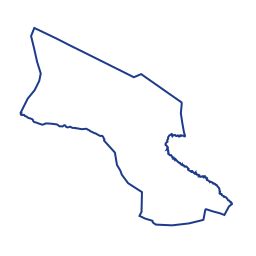 outline of Choibalsan, Dornod, Mongolia, rotated 273°
{"feature_id": "93677404B46281126061299", "entity_name": "Choibalsan", "entity_type": "district", "adm_level": 2, "iso_a3": "MNG", "parent_name": "Mongolia", "parent_adm1": "Dornod", "projection": "albers", "projection_center": [115.229, 48.891], "detail": "fine", "context": "isolated", "style": "outline", "palette": "blue", "viewbox_px": 256, "rotation_deg": 273, "n_neighbors": 0, "source": "geoboundaries", "source_scale": "gbopen_adm2", "svg_char_len": 5375}
<svg xmlns="http://www.w3.org/2000/svg" viewBox="0 0 256 256"><g transform="rotate(273 128 128)"><path d="M156.4,180.1L165.8,165.0L182.5,138.3L179.0,131.2L188.3,109.8L201.1,80.4L207.6,65.3L213.8,51.4L223.0,29.2L214.7,26.4L202.8,30.0L189.2,33.8L177.9,38.0L170.4,36.9L160.9,32.8L152.1,26.3L142.9,22.3L138.1,20.2L138.1,20.5L137.7,20.8L137.4,20.8L137.2,20.8L136.5,20.2L136.4,20.2L135.9,20.3L135.6,20.6L135.5,20.8L135.5,21.6L135.4,22.5L135.7,23.3L135.6,23.6L134.5,24.6L134.4,24.9L134.3,25.7L134.2,26.0L133.9,26.5L133.5,26.8L132.8,28.0L132.4,30.1L131.9,31.5L131.7,32.0L131.3,32.4L131.1,32.6L130.2,32.9L129.6,33.3L129.3,33.6L129.0,34.2L128.9,34.5L128.6,36.3L128.0,37.8L127.4,40.2L126.8,42.0L127.5,44.4L127.7,44.8L128.0,45.0L128.2,45.7L128.3,46.1L128.3,49.1L128.2,52.8L128.0,54.8L127.9,56.4L127.7,57.1L127.4,57.7L126.5,58.9L126.2,59.3L126.1,59.8L126.1,60.2L126.2,61.6L126.1,62.5L126.3,62.9L127.2,63.9L127.4,64.1L127.5,64.5L127.4,64.8L127.1,65.3L126.9,65.5L126.1,66.0L125.8,66.3L125.5,67.2L125.6,68.6L125.9,69.2L126.2,69.9L126.2,70.3L125.9,71.1L125.5,71.7L125.3,72.4L125.2,73.0L125.3,75.6L124.9,76.3L124.9,76.6L125.0,77.1L125.0,77.6L124.6,80.1L124.5,81.4L124.4,82.3L125.0,85.9L125.0,86.7L124.7,87.2L124.4,87.6L123.7,89.4L123.4,89.9L122.8,90.5L122.7,90.9L122.1,92.6L121.1,94.6L121.0,94.8L121.0,95.8L120.8,96.2L120.1,97.4L118.7,100.4L118.6,101.0L118.7,101.6L118.8,102.0L118.8,102.4L118.6,102.9L117.6,103.8L115.9,104.5L115.5,105.0L114.1,104.8L102.8,116.2L90.6,118.9L85.0,122.6L81.0,124.3L72.9,131.0L64.7,145.3L45.1,145.9L40.8,144.1L38.5,149.7L36.6,157.3L35.0,157.7L33.0,160.8L33.1,177.1L35.9,193.8L39.3,205.2L40.3,208.1L50.3,209.5L51.0,210.2L49.1,217.4L47.7,224.1L46.2,228.8L54.9,232.9L57.5,235.8L58.3,235.6L58.3,235.1L58.9,234.8L59.1,234.5L59.4,234.5L59.4,234.0L60.8,233.0L60.8,232.3L61.1,231.7L62.6,230.8L64.1,229.2L64.2,228.9L64.3,228.6L64.3,228.3L64.2,227.8L64.3,227.4L64.8,227.4L64.9,227.1L65.2,226.5L65.6,225.6L65.9,225.2L66.2,225.2L66.9,224.7L67.0,224.7L67.0,224.4L66.9,223.8L66.9,223.6L67.1,223.2L67.3,223.0L67.5,222.9L67.9,222.8L68.4,223.0L68.9,223.4L69.1,223.4L69.3,223.3L69.7,222.8L70.0,222.6L70.5,222.8L71.1,222.5L71.8,222.5L72.1,222.4L72.4,222.1L72.9,222.0L73.2,221.8L73.6,221.2L74.4,220.3L74.9,220.2L75.5,219.8L75.8,219.2L75.8,218.5L76.4,218.3L76.6,218.0L76.7,217.5L76.8,217.1L77.0,216.8L77.4,216.5L77.4,216.4L77.0,215.9L77.7,215.3L77.8,215.0L78.3,214.6L78.3,214.2L78.5,213.6L78.5,213.3L78.3,212.9L78.2,212.7L78.6,212.5L78.5,212.4L78.8,212.2L79.7,211.0L80.0,210.5L80.0,209.9L80.1,209.6L80.6,209.3L81.7,209.7L82.1,209.5L82.2,209.3L82.0,208.9L82.0,208.7L83.4,207.8L84.0,207.2L83.9,206.8L83.4,206.6L83.7,206.4L83.7,206.2L83.4,206.0L83.3,205.9L83.6,205.5L83.7,205.3L83.7,205.2L83.2,205.2L83.5,204.8L83.6,204.6L83.3,203.9L83.2,203.1L83.0,202.8L83.0,202.5L83.2,202.4L83.5,202.2L83.6,201.9L84.1,201.7L84.5,201.7L84.7,201.3L84.6,201.1L84.9,201.0L84.9,200.8L84.9,200.7L84.6,200.6L84.9,200.5L85.0,199.9L85.1,199.6L85.1,199.1L85.8,198.8L85.6,198.5L85.7,198.0L85.7,197.9L85.9,197.9L86.3,198.2L86.5,198.2L86.5,197.8L86.6,197.6L86.9,197.6L86.4,197.2L86.5,197.0L86.7,196.9L86.7,196.7L86.4,196.9L86.2,196.8L86.1,196.7L86.7,196.0L87.1,195.7L87.3,195.3L87.4,195.0L87.4,194.6L87.7,194.8L87.9,194.7L87.7,194.1L87.7,193.9L88.4,193.9L88.4,193.6L88.2,193.1L88.1,192.8L88.4,192.2L88.6,191.6L88.9,191.1L89.1,190.8L89.4,190.4L89.8,190.3L90.0,190.4L90.0,190.1L90.8,190.1L91.1,189.9L92.1,188.9L92.6,188.2L92.7,187.9L92.7,187.6L92.3,187.0L92.4,186.4L92.6,186.2L93.1,186.1L93.3,186.0L93.8,185.3L93.9,185.0L93.7,184.9L93.6,184.5L93.8,184.3L94.0,183.7L94.4,183.7L94.1,183.4L94.2,183.2L94.7,182.9L94.8,182.5L95.0,182.1L95.7,181.9L95.9,181.8L96.0,181.4L95.9,180.9L96.7,179.9L96.9,179.3L97.4,179.1L98.0,178.5L98.3,178.0L98.5,177.8L98.7,177.7L98.8,177.4L99.0,177.3L99.2,176.9L99.5,177.0L99.6,176.9L99.3,176.5L99.3,176.4L99.5,176.3L100.0,175.8L100.0,175.6L99.9,175.5L99.4,175.6L99.5,175.5L99.9,175.3L99.9,175.2L100.2,175.2L100.3,175.1L100.2,174.9L100.6,175.0L100.9,175.0L100.9,174.7L100.9,174.0L100.9,173.8L101.9,173.5L102.5,172.9L103.1,172.5L103.2,172.3L103.0,171.9L103.0,171.2L103.7,170.5L104.0,170.2L104.2,169.6L104.4,169.5L104.8,169.5L105.0,169.7L105.2,169.8L105.7,169.5L106.2,169.6L106.6,169.2L106.8,169.2L107.3,169.4L107.6,169.4L108.7,169.0L108.7,168.8L108.6,168.5L108.9,168.6L109.1,168.6L109.0,168.4L109.3,168.6L109.6,168.3L109.8,168.5L110.0,168.8L110.6,168.9L110.9,168.7L110.9,168.4L111.2,168.1L111.9,167.9L112.2,167.6L112.7,167.0L112.9,166.5L113.1,166.3L113.3,166.3L113.9,166.5L114.5,166.4L114.9,166.6L115.4,167.1L115.9,167.6L116.2,168.1L116.7,168.1L117.3,167.8L117.5,167.8L118.6,168.1L118.9,168.4L119.2,168.6L119.7,168.6L120.2,168.5L120.5,168.6L120.9,168.6L122.3,169.4L122.9,169.9L123.1,170.2L123.4,170.9L124.0,171.5L124.1,171.8L124.3,172.0L124.2,172.2L123.5,172.5L123.2,172.5L122.7,172.4L122.5,172.5L122.8,172.6L122.7,173.1L123.2,173.2L123.3,174.2L123.3,174.4L123.3,174.8L123.3,175.1L123.4,175.3L123.2,175.4L123.1,175.5L122.5,176.5L122.6,177.2L122.9,177.4L123.1,177.6L123.2,177.9L123.2,178.2L123.0,178.5L122.1,179.4L122.1,179.7L122.2,179.9L122.4,180.1L122.6,180.6L122.9,180.2L123.2,180.2L123.3,180.4L123.3,180.8L123.5,181.0L123.5,181.5L123.2,182.0L123.2,182.6L123.3,182.8L123.3,183.2L123.2,183.9L123.0,184.1L122.7,184.4L122.6,184.6L122.6,184.8L123.0,184.9L122.9,185.3L123.0,185.4L126.7,184.1L135.7,182.0L145.5,180.0L155.1,180.4L156.4,180.1Z" fill="none" stroke="#1e3a8a" stroke-width="2"/></g></svg>